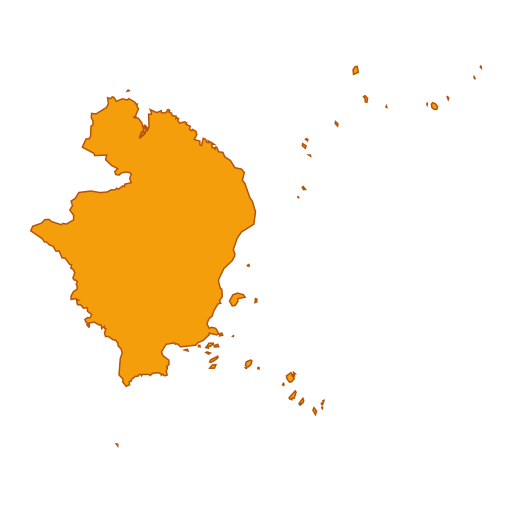 Belitung Timur, Bangka-Belitung, Indonesia
{"feature_id": "22746128B98690900191937", "entity_name": "Belitung Timur", "entity_type": "district", "adm_level": 2, "iso_a3": "IDN", "parent_name": "Indonesia", "parent_adm1": "Bangka-Belitung", "projection": "albers", "projection_center": [108.219, -2.955], "detail": "fine", "context": "isolated", "style": "filled", "palette": "amber", "viewbox_px": 512, "rotation_deg": 0, "n_neighbors": 0, "source": "geoboundaries", "source_scale": "gbopen_adm2", "svg_char_len": 6062}
<svg xmlns="http://www.w3.org/2000/svg" viewBox="0 0 512 512"><path d="M71.0,296.2L71.1,299.5L75.6,298.6L78.3,300.0L76.5,300.2L77.5,304.7L80.8,304.9L83.3,308.1L87.4,307.9L87.5,311.3L91.7,314.4L90.1,317.8L87.5,317.6L84.9,319.5L86.3,322.7L88.7,323.3L94.1,322.0L98.9,324.9L101.2,325.0L101.7,328.6L104.3,326.4L104.8,328.6L105.9,328.9L104.5,332.7L105.5,336.5L108.6,336.6L112.9,339.7L115.7,340.3L118.0,343.4L118.1,345.8L121.1,348.9L122.2,353.2L120.3,358.4L119.0,374.8L123.1,379.3L122.7,382.0L126.2,386.3L129.6,384.7L129.2,381.6L131.3,381.0L131.6,379.3L135.6,376.2L137.8,376.3L139.0,374.6L140.9,374.5L141.5,375.8L142.5,374.4L149.1,374.5L150.2,375.5L152.8,373.2L158.3,372.8L161.0,373.8L161.3,375.2L162.2,374.2L164.6,375.8L167.1,375.1L166.3,370.9L167.5,367.9L166.6,366.7L169.0,364.5L168.8,360.1L162.8,355.6L161.5,351.8L166.1,344.3L174.0,342.9L173.5,342.3L174.9,343.5L175.0,344.1L177.5,343.9L180.6,346.8L195.7,345.2L197.6,342.8L203.2,340.4L209.2,334.7L209.2,333.2L216.9,334.9L218.9,334.0L215.7,328.3L211.4,327.3L209.3,328.3L206.9,323.9L208.7,319.1L212.2,316.0L213.7,311.0L218.0,303.9L220.7,303.2L219.5,300.7L222.3,296.7L221.8,289.3L220.3,288.3L218.5,281.4L218.8,279.0L223.9,268.5L232.2,260.6L234.6,256.3L234.9,253.8L233.3,249.7L237.1,238.4L241.4,232.0L253.9,224.1L255.5,211.8L252.4,201.5L249.8,197.6L244.9,183.5L242.4,180.2L244.3,172.5L241.5,169.1L234.9,167.7L230.4,160.5L224.8,156.9L222.9,152.4L218.6,151.8L216.8,147.4L215.9,146.9L215.0,149.1L214.0,147.6L212.2,147.7L211.7,144.3L214.2,144.4L211.8,142.8L208.2,140.9L208.8,142.6L206.7,142.3L205.4,139.2L203.3,138.3L201.5,145.6L199.9,145.0L199.8,141.1L194.2,139.5L196.8,134.7L195.9,131.3L192.4,129.4L191.8,130.6L190.6,130.3L189.6,129.3L190.2,126.2L185.9,124.3L186.7,123.0L184.8,121.8L179.6,123.1L177.7,120.6L178.6,118.7L177.2,117.8L175.9,118.7L176.1,116.2L172.2,115.6L171.5,113.2L168.9,111.9L169.7,110.4L168.4,109.5L167.2,110.0L167.0,111.8L163.8,113.1L161.3,112.5L161.2,110.7L156.8,112.6L150.2,109.6L151.4,112.5L151.2,114.3L148.6,114.2L149.0,126.8L147.1,131.5L147.5,128.0L146.0,126.4L145.2,133.4L140.7,137.5L140.4,136.4L139.7,136.9L141.1,132.8L141.9,131.7L143.5,130.4L145.3,125.5L144.4,125.3L143.1,127.6L141.7,122.7L138.2,118.1L134.1,117.6L134.0,116.7L136.0,116.9L135.7,115.4L138.5,108.8L136.9,106.6L137.3,104.0L136.2,104.2L134.8,102.1L128.7,98.6L127.5,99.9L122.3,98.9L116.3,101.3L114.0,97.5L112.2,96.8L110.6,98.7L107.6,97.7L108.4,103.9L106.4,107.5L96.1,113.9L91.6,113.4L91.3,117.6L93.0,121.2L93.0,124.9L91.0,126.2L90.6,136.1L89.5,138.6L86.0,139.0L82.3,147.2L93.9,153.3L94.7,155.6L106.7,155.0L105.6,159.7L111.6,165.5L117.8,168.6L114.7,171.7L115.9,174.6L119.3,175.0L121.1,173.0L126.0,172.0L129.6,172.6L131.3,173.9L129.7,178.5L131.2,182.7L124.9,184.1L124.4,186.5L122.8,185.9L118.5,189.1L116.7,188.2L114.9,189.9L111.3,189.8L107.1,192.0L99.9,192.6L91.0,191.0L78.8,192.5L75.3,198.3L71.1,201.1L72.5,205.7L69.8,209.9L73.6,215.3L73.5,220.0L66.3,224.1L63.0,223.4L61.2,224.7L51.6,221.6L48.9,219.4L44.9,219.6L41.5,223.2L32.8,226.2L30.7,230.8L42.3,238.7L44.4,241.9L46.6,242.0L49.5,245.0L53.0,246.1L55.9,251.1L59.2,251.1L62.1,257.9L65.1,258.1L69.6,264.3L71.6,264.9L70.8,268.2L73.0,269.3L74.8,272.7L72.9,278.0L73.9,279.8L76.4,280.4L77.2,282.1L76.2,284.4L77.3,286.4L76.9,289.4L73.5,291.5L71.0,296.2ZM237.6,293.1L232.9,294.8L229.5,301.0L232.2,305.9L235.1,305.5L237.8,301.6L237.9,298.6L245.1,297.3L243.3,294.7L237.6,293.1ZM292.4,376.0L290.9,372.6L286.4,376.0L287.3,379.3L289.6,382.2L291.6,381.7L294.3,378.5L292.4,376.0ZM357.2,66.3L355.0,66.8L353.1,69.7L353.5,74.4L358.3,72.3L357.2,66.3ZM250.8,360.0L246.3,361.8L245.4,365.3L246.7,367.0L248.5,366.8L250.9,364.5L251.9,361.0L250.8,360.0ZM294.1,398.4L296.1,392.2L295.2,390.9L289.1,397.7L289.6,399.0L291.8,399.7L291.9,398.3L294.1,398.4ZM432.7,102.7L431.4,104.1L431.8,107.3L434.1,109.4L436.8,109.4L437.5,106.6L435.4,103.8L432.7,102.7ZM217.7,356.2L210.7,359.8L209.6,361.9L210.9,362.4L215.3,359.9L218.0,357.6L217.7,356.2ZM213.2,343.2L209.0,343.2L205.8,347.6L208.4,348.2L207.7,346.1L209.9,346.5L213.3,344.3L213.2,343.2ZM215.9,364.7L212.2,365.0L209.7,368.2L214.5,368.2L215.9,364.7ZM365.1,95.7L363.5,96.6L365.3,99.1L365.2,101.9L366.9,102.2L367.6,98.4L365.1,95.7ZM316.5,411.0L314.0,407.7L312.9,410.2L315.5,414.6L316.5,411.0ZM145.1,131.5L141.2,133.0L140.7,137.1L144.7,133.1L145.1,131.5ZM303.0,402.7L303.7,400.3L302.9,398.3L300.4,401.5L300.5,403.5L299.4,402.9L299.1,403.9L300.1,405.2L303.0,402.7ZM306.1,145.8L302.6,143.6L302.3,145.7L305.4,148.3L306.1,145.8ZM217.8,344.3L214.2,345.5L214.3,347.0L218.7,346.7L217.8,344.3ZM335.5,121.6L335.2,123.6L337.6,126.1L337.9,123.9L335.5,121.6ZM221.9,333.1L220.4,333.4L219.6,335.9L222.7,335.2L221.9,333.1ZM210.4,353.0L207.1,351.9L205.9,352.5L208.6,354.1L210.4,353.0ZM88.8,327.1L89.5,326.3L89.0,323.2L86.9,324.8L88.8,327.1ZM303.1,186.5L302.2,187.4L303.6,189.7L305.5,189.4L303.1,186.5ZM295.3,373.9L293.5,372.3L293.1,376.1L294.5,376.1L294.0,374.1L295.3,373.9ZM256.9,299.1L255.4,298.6L255.0,302.6L256.8,301.8L256.9,299.1ZM187.3,349.2L184.6,350.0L188.1,351.0L187.3,349.2ZM306.4,138.6L305.5,139.3L307.5,140.8L307.9,139.5L306.4,138.6ZM322.0,404.9L323.2,403.5L322.9,402.6L321.3,403.4L322.0,404.9ZM448.2,99.6L448.8,98.0L447.0,96.1L448.2,99.6ZM249.3,266.0L248.9,264.5L247.3,265.4L248.0,266.2L249.3,266.0ZM200.1,346.9L199.9,345.4L198.5,345.3L198.3,346.5L200.1,346.9ZM117.8,444.2L116.3,443.9L117.7,445.9L117.8,444.2ZM283.7,385.4L284.1,384.2L283.4,383.3L282.6,384.8L283.7,385.4ZM259.0,369.0L259.2,367.8L258.1,367.4L257.8,368.6L259.0,369.0ZM310.4,155.0L308.7,155.0L310.6,156.2L310.4,155.0ZM324.0,400.3L322.8,400.9L323.0,402.0L324.0,401.2L324.0,400.3ZM299.0,198.2L297.9,196.1L297.9,197.2L299.0,198.2ZM233.2,336.6L234.0,335.3L232.6,336.3L233.2,336.6ZM127.2,91.2L129.2,90.8L129.3,90.5L128.0,90.1L127.2,91.2ZM386.8,107.4L386.4,105.9L385.9,107.0L386.8,107.4ZM481.3,68.1L481.2,66.5L480.8,66.1L480.3,67.0L481.3,68.1ZM322.3,408.7L322.7,407.8L322.2,407.0L321.7,407.7L322.3,408.7ZM474.1,76.7L473.9,77.4L475.4,79.3L474.1,76.7ZM427.2,105.0L427.4,103.7L427.2,103.3L426.7,104.1L427.2,105.0ZM247.2,368.1L245.5,367.9L246.0,368.5L247.2,368.1Z" fill="#f59e0b" stroke="#b45309" stroke-width="1.5"/></svg>